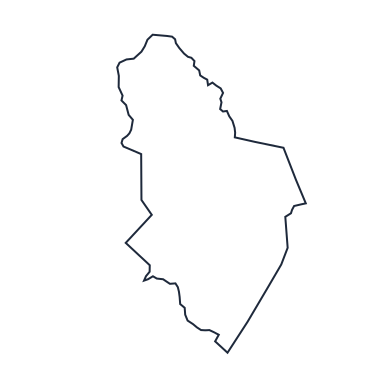 the district of Cruzeta, Rio Grande do Norte, Brazil, rotated 19°
{"feature_id": "56859067B25758892564253", "entity_name": "Cruzeta", "entity_type": "district", "adm_level": 2, "iso_a3": "BRA", "parent_name": "Brazil", "parent_adm1": "Rio Grande do Norte", "projection": "mercator", "projection_center": [-36.841, -6.359], "detail": "fine", "context": "isolated", "style": "outline", "palette": "slate", "viewbox_px": 384, "rotation_deg": 19, "n_neighbors": 0, "source": "geoboundaries", "source_scale": "gbopen_adm2", "svg_char_len": 1266}
<svg xmlns="http://www.w3.org/2000/svg" viewBox="0 0 384 384"><g transform="rotate(19 192 192)"><path d="M286.3,146.6L264.1,120.4L235.4,124.1L214.7,126.4L213.5,121.9L211.4,117.5L207.1,111.6L202.6,108.3L198.6,104.0L195.1,105.8L191.6,104.4L190.7,97.6L188.4,94.6L189.1,88.2L185.4,84.7L180.3,83.5L175.7,81.9L172.4,85.8L169.8,80.8L166.0,80.2L161.8,79.1L159.2,74.7L152.6,72.1L151.7,67.4L147.7,65.3L144.2,65.5L139.4,63.7L133.1,60.0L128.3,56.5L126.3,53.1L122.6,51.6L117.6,52.6L103.6,56.1L100.3,62.5L99.9,69.6L98.5,75.8L93.5,84.9L86.9,88.0L81.4,93.3L80.7,98.5L85.0,106.0L88.5,116.7L95.0,123.5L95.5,128.4L101.4,131.3L107.0,139.7L112.6,143.0L114.2,152.9L113.7,156.9L112.4,160.0L109.2,164.6L109.4,168.6L112.4,171.3L131.6,172.7L146.8,216.0L161.4,226.7L145.9,261.7L175.9,275.0L177.9,281.2L175.9,286.6L175.5,291.4L178.8,288.8L182.5,284.4L186.9,285.3L193.1,283.9L196.4,284.8L201.0,286.0L206.1,283.8L209.6,286.6L212.1,290.5L214.5,295.3L217.3,301.8L222.8,303.9L225.5,310.2L229.7,315.0L236.0,316.6L240.7,318.4L245.5,319.6L249.7,318.4L253.4,316.9L258.1,317.4L263.8,318.3L262.5,325.7L277.9,332.4L286.8,296.6L294.9,257.0L300.0,231.5L300.6,213.6L288.3,185.1L292.5,179.9L292.4,176.4L293.1,172.0L299.3,168.1L303.3,165.7L286.3,146.6Z" fill="none" stroke="#1e293b" stroke-width="2"/></g></svg>